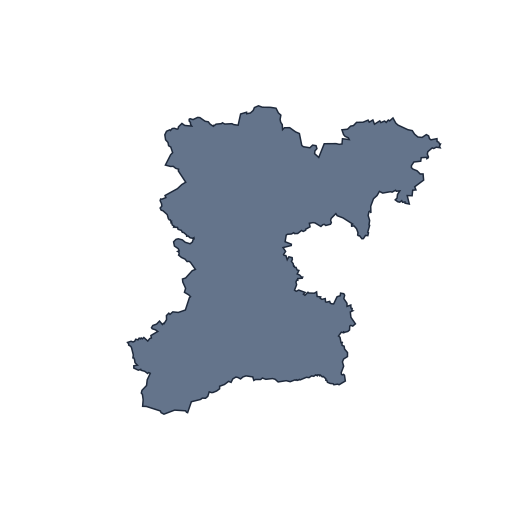 Castlecomer Lea-6, Kilkenny, Ireland (Mercator projection), rotated 296°
{"feature_id": "5873133B64283034933999", "entity_name": "Castlecomer Lea-6", "entity_type": "district", "adm_level": 2, "iso_a3": "IRL", "parent_name": "Ireland", "parent_adm1": "Kilkenny", "projection": "mercator", "projection_center": [-7.296, 52.74], "detail": "fine", "context": "isolated", "style": "filled", "palette": "slate", "viewbox_px": 512, "rotation_deg": 296, "n_neighbors": 0, "source": "geoboundaries", "source_scale": "gbopen_adm2", "svg_char_len": 6154}
<svg xmlns="http://www.w3.org/2000/svg" viewBox="0 0 512 512"><g transform="rotate(296 256 256)"><path d="M73.5,242.6L81.8,250.4L86.0,260.6L85.1,262.0L85.2,263.2L96.7,261.8L102.8,269.1L104.7,270.0L106.0,273.0L108.7,274.2L113.4,273.5L113.7,275.9L114.4,277.1L117.4,279.8L120.7,281.5L123.0,280.4L126.7,284.0L131.3,286.3L131.5,289.0L135.3,289.0L138.4,291.0L138.9,293.1L138.7,296.0L141.6,297.3L143.9,299.6L145.9,306.1L143.2,308.6L144.8,309.7L147.0,314.3L149.1,315.2L149.5,318.9L153.1,324.6L153.6,327.2L152.5,331.1L157.2,337.8L158.0,341.8L161.8,345.4L161.8,346.5L162.6,346.8L162.5,348.0L164.1,349.1L163.9,349.9L169.1,354.5L169.9,357.0L172.6,358.5L173.2,360.7L175.3,361.7L175.1,362.6L175.8,363.0L175.4,363.8L176.5,364.0L176.9,365.0L176.3,365.9L177.2,366.2L176.4,368.5L177.2,369.2L176.3,372.5L174.9,373.3L175.2,374.2L173.8,375.6L174.0,378.7L175.0,381.3L174.4,382.4L176.6,385.5L176.7,387.1L182.8,391.1L187.6,387.8L188.0,386.6L187.1,385.9L187.0,384.8L188.6,383.7L195.4,383.1L198.7,380.1L201.8,379.9L205.7,382.3L209.3,380.6L211.2,376.4L213.6,374.7L213.4,372.6L215.5,371.3L216.6,371.8L215.4,370.4L219.8,367.1L220.2,365.2L224.9,366.1L225.4,368.4L226.2,368.1L226.2,369.0L228.4,371.6L230.5,372.5L234.1,371.0L235.2,371.6L235.4,373.7L238.6,375.1L242.5,368.2L247.0,365.3L249.2,367.0L249.1,366.1L251.0,365.4L250.9,364.1L253.5,362.7L250.6,359.9L253.4,358.5L256.2,353.6L259.6,352.9L260.6,351.4L259.7,348.3L257.2,349.1L254.9,346.7L247.0,346.8L246.3,345.2L246.1,343.6L247.5,342.1L245.5,339.8L245.3,338.6L248.1,336.9L245.9,334.2L246.2,332.2L247.6,332.1L246.4,328.7L250.3,326.2L248.1,324.7L245.8,319.5L246.2,318.6L242.1,317.2L242.5,315.3L244.8,316.1L244.1,309.3L241.9,307.6L242.2,305.6L248.0,305.1L250.1,303.3L252.2,303.2L252.5,304.2L254.0,303.4L256.3,307.3L257.5,307.2L257.0,306.1L258.0,303.6L257.9,300.9L261.8,300.9L261.5,299.0L263.3,297.0L262.8,295.8L263.7,294.7L263.3,294.3L265.4,292.8L266.8,290.1L268.6,290.3L270.4,289.2L269.7,285.9L266.3,285.7L269.5,282.7L268.9,281.0L269.4,280.1L273.1,280.6L275.4,276.6L280.9,283.1L282.1,282.6L281.6,275.9L288.0,274.0L289.3,274.7L291.3,278.2L293.5,279.7L293.0,280.8L294.5,283.6L298.9,285.7L298.8,287.7L300.9,289.3L301.8,288.9L305.9,291.8L308.8,289.6L311.0,292.6L311.6,294.5L311.0,301.4L313.5,302.3L314.4,303.6L314.0,305.3L317.2,309.0L319.0,309.1L320.8,307.4L322.8,307.1L329.1,309.2L327.8,311.3L328.4,317.4L327.1,328.8L326.1,328.1L324.7,328.9L326.0,330.9L324.6,334.4L321.7,337.4L319.4,338.2L319.1,339.1L319.6,340.2L317.9,343.6L318.7,344.9L322.5,345.4L323.3,347.6L326.2,346.9L326.3,346.0L333.4,344.7L333.5,343.9L337.7,342.6L341.6,339.0L345.4,338.1L346.3,338.8L345.1,340.4L351.0,337.3L359.0,336.5L363.4,338.3L368.2,338.6L368.1,342.3L372.7,348.6L373.1,350.4L376.3,352.6L375.7,353.7L377.6,356.7L373.3,356.2L369.9,357.4L367.5,356.5L366.9,359.6L367.4,361.6L369.6,362.7L368.5,364.2L369.9,366.2L368.8,366.8L369.9,371.0L376.6,365.4L378.6,369.9L383.8,368.0L385.5,370.8L387.8,368.3L397.7,373.4L403.0,370.2L401.7,367.6L403.2,363.4L402.9,359.0L403.6,356.9L405.4,356.1L409.7,356.7L413.4,362.5L416.8,361.4L419.5,366.2L418.4,366.9L419.4,367.6L420.6,367.6L422.7,365.3L425.1,364.7L430.4,367.0L430.5,368.6L432.8,370.3L434.0,374.1L435.0,372.8L437.5,372.7L437.1,371.9L438.4,370.3L438.3,368.6L440.8,367.2L437.1,362.3L437.5,360.5L439.6,358.5L439.8,355.9L435.4,353.3L433.9,349.4L435.0,345.1L437.2,341.5L436.1,337.1L435.9,326.3L436.7,323.4L440.1,318.6L436.0,316.9L436.2,315.3L433.1,314.5L433.7,312.4L430.6,309.7L431.7,308.0L426.4,304.7L429.5,301.4L425.9,299.1L427.3,297.2L423.1,293.5L420.2,287.8L415.9,286.4L414.2,284.1L410.1,282.7L407.1,277.9L403.5,281.5L402.6,283.6L402.7,287.2L401.5,288.8L399.3,282.3L394.4,284.2L392.8,281.8L392.1,278.7L386.8,268.1L372.1,269.2L373.7,263.8L376.3,262.9L379.2,263.7L381.5,261.6L380.5,258.3L376.9,257.0L375.0,250.7L375.4,248.7L385.1,241.3L384.9,237.2L386.1,230.1L383.8,225.4L381.2,224.5L385.6,222.0L387.0,219.6L389.3,217.8L393.5,216.6L394.4,213.4L397.6,209.2L396.0,203.9L392.5,196.5L392.1,192.4L388.7,189.5L385.6,189.7L382.1,188.3L379.8,185.3L381.1,184.5L376.9,179.9L365.7,182.6L364.3,178.2L364.4,176.4L360.9,170.1L361.0,167.4L359.8,166.9L357.0,162.3L354.1,160.9L354.6,160.4L353.9,159.9L354.5,156.6L355.7,154.3L354.8,151.2L355.8,144.9L355.0,142.8L351.0,139.6L350.5,136.6L349.6,136.0L348.0,136.8L347.3,138.5L345.7,139.4L344.6,141.3L342.1,134.7L342.7,131.3L338.1,129.7L336.2,130.2L335.4,129.5L335.0,126.6L333.8,124.8L331.3,124.1L331.6,123.2L328.9,120.9L325.0,120.9L320.8,123.8L319.5,127.1L316.8,129.1L316.6,131.6L312.3,135.8L309.6,134.9L298.0,134.7L299.0,139.9L300.3,142.3L299.6,145.4L300.1,148.4L298.4,148.9L291.5,160.5L287.7,158.0L282.1,155.9L270.5,147.7L269.0,149.4L265.9,146.6L265.4,145.3L263.7,145.6L261.6,148.2L259.5,149.5L257.1,148.8L255.6,150.7L255.9,152.5L254.3,158.1L251.2,160.8L250.5,162.2L250.9,163.0L249.8,164.3L250.1,164.8L248.6,165.0L248.9,165.7L247.2,167.1L246.9,169.0L245.9,169.3L246.7,170.0L246.2,170.5L247.3,172.9L245.8,174.3L246.3,177.6L245.0,179.4L245.4,180.6L244.5,184.3L243.4,185.0L244.2,186.3L243.5,188.8L244.2,191.4L245.1,192.1L244.3,192.3L244.7,193.3L243.6,192.2L240.7,192.7L238.1,191.4L237.3,186.4L238.2,182.7L237.4,178.6L235.9,176.8L232.6,175.7L229.2,178.3L228.5,182.9L227.0,184.7L225.8,183.6L225.7,184.8L224.3,186.0L222.9,186.0L222.0,189.6L222.1,193.5L220.8,196.5L221.8,198.1L221.6,199.8L217.4,207.4L214.8,205.1L205.4,202.4L203.1,200.0L200.5,201.6L196.1,206.9L192.0,207.6L191.6,212.6L190.7,215.0L189.3,214.4L176.5,216.2L171.2,210.9L169.3,205.7L165.8,204.3L166.4,202.7L163.2,201.6L159.6,203.5L154.8,203.0L154.9,202.3L153.4,201.9L155.2,197.8L151.2,196.5L148.3,193.7L145.7,193.5L145.1,194.7L145.6,197.9L145.1,200.8L138.5,196.4L136.5,197.9L135.2,196.7L132.1,196.0L133.6,190.9L131.7,190.1L132.0,188.7L130.9,188.5L131.0,187.0L128.9,186.7L128.5,184.4L126.1,184.3L124.8,183.1L124.6,181.1L122.0,178.4L121.2,180.1L120.1,180.6L119.9,183.0L119.0,184.3L113.3,189.1L110.5,190.0L110.8,190.8L109.7,192.2L107.1,194.0L105.9,197.3L103.8,194.3L101.7,195.3L101.8,200.3L103.6,202.1L102.9,202.8L103.6,206.5L102.9,210.1L104.2,210.6L104.2,212.4L97.0,212.5L91.6,214.4L85.3,212.4L82.5,213.0L81.8,214.6L77.3,217.6L71.2,220.0L72.7,223.4L74.8,237.9L73.6,239.4L73.5,242.6Z" fill="#64748b" stroke="#1e293b" stroke-width="1.5"/></g></svg>